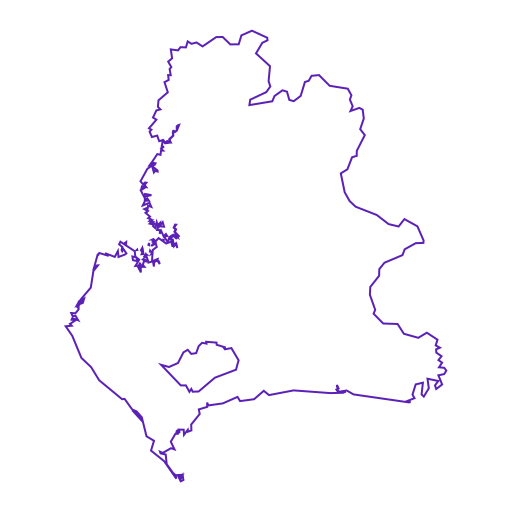 the district of Panamá, Panama
{"feature_id": "35544464B75623018343213", "entity_name": "Panamá", "entity_type": "district", "adm_level": 2, "iso_a3": "PAN", "parent_name": "Panama", "parent_adm1": "", "projection": "robinson", "projection_center": [-79.506, 9.204], "detail": "fine", "context": "isolated", "style": "outline", "palette": "violet", "viewbox_px": 512, "rotation_deg": 0, "n_neighbors": 0, "source": "geoboundaries", "source_scale": "gbopen_adm2", "svg_char_len": 6059}
<svg xmlns="http://www.w3.org/2000/svg" viewBox="0 0 512 512"><path d="M356.8,150.8L364.8,135.1L360.2,129.2L363.8,118.5L362.7,109.7L359.4,107.9L350.5,111.0L352.7,106.3L349.9,99.6L351.4,95.3L347.8,88.7L329.7,85.8L319.0,75.1L311.6,75.8L308.7,80.8L304.9,82.0L300.7,95.9L293.7,101.2L289.3,99.9L287.0,91.7L282.5,90.3L274.5,96.0L272.3,101.3L249.4,105.1L250.2,99.7L266.3,92.1L270.3,86.5L268.6,81.1L270.0,66.2L256.0,53.4L262.3,42.8L267.5,40.3L267.2,37.7L251.9,30.7L241.4,35.4L238.7,44.3L230.3,44.4L222.7,37.0L216.2,37.1L202.6,46.4L196.5,42.5L191.5,43.8L187.7,41.4L185.9,47.4L180.5,47.2L178.0,50.4L170.8,49.4L172.1,58.3L168.2,61.6L171.3,67.1L169.6,69.0L170.7,75.2L168.1,75.1L168.7,79.9L164.5,82.2L167.8,92.3L158.5,100.3L157.9,106.8L160.4,109.4L156.4,110.4L153.0,117.5L156.4,119.7L149.0,128.3L151.4,129.7L149.6,131.6L151.9,137.0L157.2,135.6L159.2,141.2L163.3,140.0L165.1,142.7L167.2,141.0L170.6,142.2L169.2,139.3L173.1,135.5L172.8,132.3L173.2,131.1L173.9,130.8L175.0,131.8L176.8,130.4L176.7,126.4L177.7,125.4L179.1,124.9L176.9,130.5L175.0,132.0L173.3,131.2L173.3,135.7L169.5,139.5L170.8,142.5L165.1,143.3L162.7,140.8L161.6,147.1L164.0,146.5L161.1,148.8L163.1,150.6L161.0,150.7L160.5,154.8L157.3,154.1L151.7,162.5L155.5,163.3L154.7,164.7L151.3,162.9L149.6,165.3L153.6,164.6L152.7,166.6L157.6,170.5L157.6,171.6L154.2,170.4L154.6,171.6L153.9,172.5L151.9,165.5L147.3,168.9L140.5,181.3L143.0,184.3L145.0,182.5L146.4,182.7L144.6,185.0L146.2,187.1L142.0,186.3L141.4,188.5L142.3,188.9L143.0,188.0L144.1,188.2L140.7,190.3L144.3,197.2L145.0,194.0L151.4,195.1L144.9,196.7L144.8,200.0L147.3,198.4L148.9,200.7L145.1,200.7L142.8,205.5L149.5,202.8L151.3,206.9L148.1,205.7L147.5,209.3L147.0,207.9L144.3,209.1L147.9,211.0L145.5,212.8L150.0,216.6L148.2,218.2L151.0,219.3L149.7,220.8L152.1,220.5L149.6,223.6L151.3,224.0L152.3,222.0L153.6,222.1L152.3,225.3L154.7,223.0L153.1,226.2L155.3,228.1L156.7,222.2L157.6,225.1L160.2,222.7L159.9,225.8L162.7,222.2L164.0,226.7L158.0,226.2L157.1,230.0L159.9,230.1L159.8,233.8L161.2,230.9L163.6,236.3L165.9,234.0L167.2,236.0L164.2,236.7L167.6,242.0L169.5,237.0L173.2,234.7L177.5,237.3L174.4,231.6L175.6,229.5L173.7,227.7L175.1,224.6L176.1,224.7L174.0,227.7L176.1,229.3L174.9,231.9L178.9,236.1L176.2,238.4L173.1,235.6L170.1,239.5L172.8,239.6L173.9,245.9L175.3,243.5L176.3,243.5L177.3,248.1L176.1,243.6L174.3,246.1L172.3,246.0L171.3,241.6L166.2,243.5L158.6,238.1L151.3,245.9L155.8,243.6L156.8,246.9L152.7,250.0L152.0,261.3L157.7,259.0L157.5,260.2L159.0,261.6L159.7,264.1L157.4,260.5L154.2,262.1L153.9,266.5L152.9,261.3L148.4,262.6L147.9,260.3L145.2,260.0L146.5,261.1L143.8,261.6L142.9,265.0L144.5,266.9L140.7,266.9L140.9,272.4L138.3,267.5L140.3,266.7L140.1,262.7L138.9,265.6L135.4,266.0L139.2,259.7L136.4,257.4L137.3,261.1L133.0,260.2L132.4,256.5L135.4,257.1L134.7,251.2L120.4,241.7L119.1,244.4L122.3,246.9L121.6,249.9L122.2,251.2L123.4,249.0L126.4,253.4L124.8,254.6L118.5,257.0L117.9,251.0L114.8,256.9L105.1,253.2L108.7,255.9L99.3,253.0L97.8,255.6L97.9,253.7L93.2,270.7L97.1,265.3L98.0,265.3L93.4,271.0L90.8,287.6L81.2,298.9L81.2,302.6L81.9,300.2L84.1,298.7L82.8,302.9L79.9,304.0L76.8,307.8L78.6,306.2L78.6,309.4L75.4,313.3L71.2,313.0L72.6,316.1L75.5,315.8L78.2,320.3L72.4,318.1L71.6,319.7L75.7,320.2L70.0,323.9L71.7,325.7L65.7,326.3L72.3,335.9L81.4,357.9L91.1,367.1L99.2,380.3L122.1,399.2L124.6,398.9L132.2,409.5L136.6,411.4L141.8,417.3L146.5,436.3L154.0,440.8L151.0,450.6L164.1,461.1L176.3,478.7L175.6,475.5L177.8,475.3L180.7,481.3L183.4,480.0L182.7,475.2L181.0,478.4L179.2,477.0L181.9,474.8L175.7,475.2L172.9,472.8L166.7,464.1L165.7,454.5L160.6,453.4L160.0,451.7L162.8,452.9L171.0,448.2L174.5,449.4L170.8,441.7L175.4,433.8L176.3,433.2L177.0,433.9L177.3,433.9L178.7,433.4L176.3,433.1L176.8,430.9L178.7,430.0L178.6,432.8L179.5,432.0L178.7,429.6L183.7,429.7L184.0,434.8L187.8,429.8L188.0,431.7L191.4,430.4L191.2,424.5L199.7,414.0L198.8,409.4L207.2,406.9L207.1,402.6L208.5,405.4L222.8,403.4L237.5,396.9L240.1,401.1L254.1,399.2L263.8,390.8L269.0,395.1L293.6,390.4L330.3,393.1L343.0,392.8L345.9,391.6L340.7,392.6L337.8,391.5L336.4,389.5L338.3,388.5L336.9,386.6L337.0,385.0L338.6,388.5L336.8,389.6L339.4,391.7L346.7,390.5L353.5,394.4L409.0,402.4L410.6,402.0L405.7,401.6L414.5,398.2L412.5,394.6L415.7,384.4L422.9,382.7L421.6,394.4L423.8,396.6L428.8,388.3L427.5,378.7L438.3,381.0L435.0,385.4L436.2,389.0L442.1,384.5L438.4,375.3L444.2,374.1L446.3,370.6L444.2,367.8L439.0,367.3L442.1,362.7L438.5,360.1L441.5,356.2L436.3,352.6L436.1,349.3L439.9,347.7L435.7,345.4L437.5,339.7L426.8,332.7L418.3,337.8L403.9,333.8L397.6,324.0L383.2,323.5L373.6,313.7L375.2,309.8L369.9,294.8L370.3,286.9L379.1,275.8L379.3,269.1L384.5,262.7L402.5,255.1L404.7,249.3L415.7,243.2L423.4,242.9L423.6,240.5L417.4,226.3L404.4,219.1L398.6,226.5L388.6,224.1L376.8,215.0L355.6,206.7L349.6,201.0L344.7,192.3L340.8,173.4L347.4,169.3L352.1,157.2L356.7,155.9L356.8,150.8ZM206.2,341.8L216.5,342.6L216.7,344.8L225.7,347.5L223.8,347.8L224.9,349.3L231.4,348.1L238.6,360.3L236.0,369.7L214.9,377.7L198.6,391.5L192.7,391.7L191.3,388.9L189.4,391.8L185.9,385.4L180.8,385.4L161.1,364.8L169.0,367.0L178.0,363.0L183.4,352.4L187.7,349.8L191.3,353.9L196.2,353.1L198.7,346.1L202.1,342.8L206.5,343.6L206.2,341.8ZM141.0,417.0L132.4,410.4L141.7,420.6L141.0,417.0ZM145.7,254.2L144.2,256.6L147.1,258.1L145.7,254.2ZM80.7,299.8L78.7,301.7L78.8,303.8L80.9,302.6L80.7,299.8ZM142.3,247.8L140.9,250.2L142.1,252.0L142.8,250.8L142.3,247.8ZM149.2,245.2L149.2,243.0L148.4,244.8L149.2,245.2ZM126.2,242.0L124.7,243.1L126.1,244.2L126.2,242.0ZM143.4,254.0L143.0,251.1L141.6,254.2L143.4,254.0ZM76.9,305.3L78.6,304.3L78.2,303.0L76.9,305.3ZM154.0,241.7L152.7,241.0L152.6,241.8L154.0,241.7ZM151.0,251.8L150.1,250.6L149.9,251.6L151.0,251.8ZM144.7,260.5L143.7,258.8L142.8,259.5L144.7,260.5ZM163.7,240.0L162.3,239.2L163.5,240.2L163.7,240.0ZM154.3,239.9L153.4,239.1L152.1,239.7L154.3,239.9ZM141.6,265.7L142.6,264.8L142.6,264.4L141.6,265.7ZM151.5,253.7L152.4,253.1L152.1,252.5L151.5,253.7ZM146.2,255.0L147.0,254.9L146.3,254.4L146.2,255.0ZM136.7,250.1L137.3,250.0L137.2,249.6L136.7,250.1Z" fill="none" stroke="#5b21b6" stroke-width="2"/></svg>